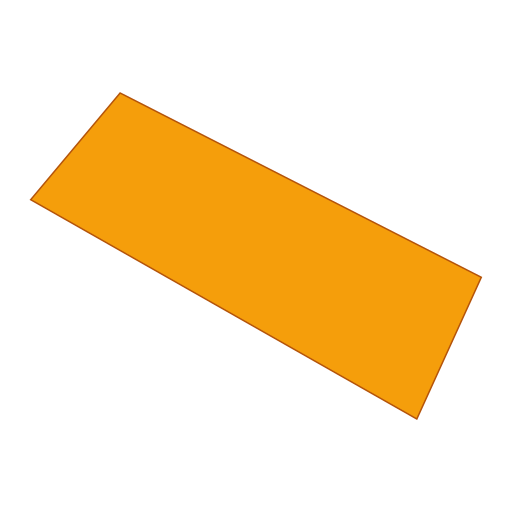 outline of Niulakita, Tuvalu
{"feature_id": "33948139B18258298455850", "entity_name": "Niulakita", "entity_type": "district", "adm_level": 2, "iso_a3": "TUV", "parent_name": "Tuvalu", "parent_adm1": "", "projection": "mercator", "projection_center": [179.471, -10.79], "detail": "fine", "context": "isolated", "style": "filled", "palette": "amber", "viewbox_px": 512, "rotation_deg": 0, "n_neighbors": 0, "source": "geoboundaries", "source_scale": "gbopen_adm2", "svg_char_len": 189}
<svg xmlns="http://www.w3.org/2000/svg" viewBox="0 0 512 512"><path d="M120.1,93.0L30.7,199.7L416.8,419.0L481.3,277.3L120.1,93.0Z" fill="#f59e0b" stroke="#b45309" stroke-width="1.5"/></svg>